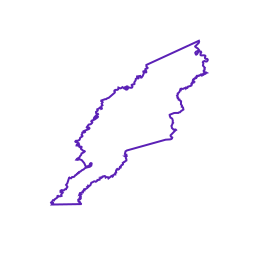 outline of Morelia, Caquetá, Colombia, rotated 245°
{"feature_id": "7082276B57536514364172", "entity_name": "Morelia", "entity_type": "district", "adm_level": 2, "iso_a3": "COL", "parent_name": "Colombia", "parent_adm1": "Caquetá", "projection": "equal_earth", "projection_center": [-75.683, 1.4], "detail": "fine", "context": "isolated", "style": "outline", "palette": "violet", "viewbox_px": 256, "rotation_deg": 245, "n_neighbors": 0, "source": "geoboundaries", "source_scale": "gbopen_adm2", "svg_char_len": 5801}
<svg xmlns="http://www.w3.org/2000/svg" viewBox="0 0 256 256"><g transform="rotate(245 128 128)"><path d="M90.7,26.9L78.6,53.9L79.1,53.4L80.3,53.1L80.4,52.6L81.1,52.6L81.5,52.9L82.0,52.3L82.4,52.5L82.7,52.2L83.3,52.6L83.6,52.4L84.0,52.6L83.9,53.2L84.2,53.4L84.4,54.1L83.7,54.7L84.1,55.4L85.6,56.1L85.8,55.7L86.1,56.2L86.6,55.9L87.2,56.5L87.5,56.3L87.6,57.1L88.2,56.6L88.6,56.9L88.5,56.1L89.3,56.9L89.2,57.2L88.7,57.2L89.1,58.2L88.6,59.7L89.1,60.3L89.3,59.9L89.7,60.0L90.1,61.5L90.4,61.7L90.0,62.3L91.0,62.7L90.6,63.6L90.8,65.5L91.4,67.2L92.0,66.7L92.1,67.5L92.5,67.6L91.9,68.5L92.0,69.7L93.9,71.6L93.8,73.0L94.0,74.5L93.7,75.4L92.9,76.1L93.1,77.4L93.7,78.2L93.4,78.4L93.5,79.4L93.2,80.2L93.7,80.4L94.1,83.1L94.6,82.7L94.4,83.6L94.8,84.4L94.3,86.6L93.8,87.0L92.6,86.8L92.7,87.5L91.8,89.1L90.6,89.0L91.3,92.2L91.0,93.0L90.4,93.4L90.6,93.9L91.0,94.0L91.3,93.0L91.5,93.0L91.5,95.4L91.9,96.4L91.4,96.9L92.6,97.5L92.6,98.5L94.0,98.8L95.3,100.3L95.4,101.0L94.5,101.4L94.5,102.4L95.1,103.4L95.5,103.7L95.3,104.7L95.6,104.8L95.9,104.1L96.2,104.3L96.4,105.6L97.0,106.2L97.0,107.6L97.3,108.2L98.6,108.5L98.9,110.2L98.7,110.4L99.1,111.6L99.2,112.8L100.5,113.4L101.1,113.2L102.8,113.8L103.3,113.5L102.9,114.4L103.1,115.0L104.0,114.8L104.4,115.1L104.8,114.3L105.3,114.6L105.8,114.2L107.9,115.9L108.1,117.6L101.5,157.2L99.9,161.3L99.7,162.5L99.9,163.4L100.7,164.1L102.2,163.2L103.4,163.5L105.8,169.9L105.9,170.7L106.5,170.5L107.3,168.6L109.5,167.8L110.3,168.1L111.5,168.2L112.3,169.4L113.1,170.1L113.6,171.1L114.4,170.9L115.6,171.7L117.6,172.0L118.5,171.7L119.4,170.9L121.4,171.0L122.4,171.4L122.1,176.2L120.4,180.0L120.6,181.0L120.3,181.8L120.9,183.2L121.3,186.0L123.1,186.5L124.0,186.3L124.5,185.7L125.5,186.4L127.1,186.0L129.8,187.4L131.3,186.5L131.9,186.7L132.3,185.9L133.5,186.2L133.9,185.7L134.5,186.1L135.2,185.8L135.8,186.4L136.6,186.1L137.4,187.4L138.3,187.6L138.7,189.4L140.3,191.4L140.0,191.8L140.5,192.1L140.9,191.8L141.2,192.1L140.9,192.6L141.1,193.0L140.2,194.2L140.2,195.0L140.3,195.9L140.0,196.5L139.9,196.4L140.1,197.1L139.8,197.1L139.8,197.7L139.5,197.6L139.8,198.3L139.3,198.8L139.5,199.2L139.5,198.8L139.8,198.9L139.7,199.2L140.0,199.6L139.9,199.7L140.0,201.1L139.7,202.0L139.7,203.5L140.6,204.3L141.2,204.0L141.5,204.3L142.0,205.3L141.6,205.6L141.4,206.9L141.7,207.2L141.9,206.8L141.9,207.5L143.1,207.2L143.1,206.7L143.3,206.6L144.2,207.3L144.1,207.8L144.6,208.1L144.7,208.7L144.4,209.1L144.8,209.7L144.4,210.9L144.6,211.2L144.9,210.8L145.2,210.8L145.2,211.6L145.7,211.7L146.2,212.4L145.9,213.1L145.5,213.3L145.3,214.5L145.7,214.9L145.3,216.0L144.4,216.9L144.9,217.3L144.7,217.8L145.4,217.6L145.0,218.7L145.2,219.0L144.6,219.3L144.6,220.0L145.0,220.1L144.6,220.6L144.8,220.9L144.5,221.3L144.9,221.9L144.8,222.6L145.5,222.1L145.7,220.8L146.6,221.0L147.4,220.6L148.1,220.9L148.4,222.1L149.6,222.4L150.0,223.1L152.9,222.3L154.9,223.7L156.0,223.6L156.5,224.3L156.4,225.6L155.3,226.7L155.0,227.5L155.5,228.7L156.4,229.2L157.2,228.9L157.9,227.6L158.5,227.3L159.4,227.5L160.5,228.6L161.0,228.5L161.8,227.6L162.7,225.3L163.3,224.6L164.4,224.9L165.7,226.4L166.6,226.3L167.1,225.4L167.0,223.6L165.8,221.9L165.6,221.0L165.9,220.6L167.7,220.7L168.4,221.8L168.4,224.2L168.8,225.3L170.5,224.9L172.9,223.4L173.6,223.4L175.3,228.2L176.3,229.0L177.1,229.1L177.4,171.3L176.1,170.7L174.2,171.2L173.9,170.8L174.2,169.3L174.0,168.5L171.7,168.5L170.8,168.1L170.8,167.7L171.3,167.2L172.7,166.7L172.8,165.8L172.4,165.6L171.9,166.0L170.9,165.5L168.9,163.3L168.0,161.6L168.2,161.1L170.0,161.1L170.9,158.0L170.4,157.8L169.6,159.0L168.9,158.9L168.6,158.2L169.3,157.0L169.2,155.8L167.9,155.0L166.7,153.0L165.2,152.5L165.1,151.6L165.6,150.4L165.4,149.5L163.6,149.5L163.0,148.9L163.1,147.8L164.4,145.8L164.3,145.2L163.3,143.8L163.4,142.9L163.8,142.4L164.4,142.5L165.1,144.9L165.7,145.2L166.2,144.7L166.2,144.0L165.0,142.6L164.9,141.7L165.1,141.5L166.2,142.2L166.3,140.8L167.4,140.2L167.0,138.7L167.2,137.7L168.7,136.4L167.2,135.4L167.1,134.4L167.8,132.8L167.8,131.8L167.3,131.2L166.2,131.4L165.6,130.8L163.5,123.3L163.7,121.7L163.4,120.4L163.8,119.4L164.2,115.4L163.7,115.1L162.6,115.9L162.0,115.9L161.2,114.4L159.4,114.5L159.2,113.4L158.8,112.9L156.6,112.5L156.6,111.7L157.9,111.8L158.4,111.3L157.9,109.6L157.9,108.0L156.6,107.9L156.1,105.8L155.0,105.4L154.4,105.5L153.7,106.7L153.2,106.7L152.9,104.7L152.2,102.7L151.7,101.7L151.0,101.1L150.6,101.3L150.6,102.1L151.5,104.8L151.0,105.5L150.5,105.1L149.8,101.4L150.0,98.1L149.4,97.5L148.3,98.1L147.6,97.3L147.2,95.8L147.7,93.8L146.1,90.9L145.4,91.1L145.2,92.2L144.8,92.9L144.1,93.0L143.7,92.5L143.6,91.9L143.9,86.6L143.5,86.6L143.0,87.5L142.5,87.4L142.4,86.7L143.3,85.6L143.2,84.7L142.5,84.6L141.4,83.0L140.2,83.4L139.7,83.1L139.4,80.6L138.0,79.4L137.7,78.8L137.7,77.2L138.4,75.4L138.1,74.6L137.5,74.6L136.9,75.8L134.9,76.9L134.6,76.5L134.7,74.7L133.9,74.0L133.4,74.8L133.8,76.1L133.4,76.6L133.0,76.6L132.4,75.9L131.5,75.9L131.0,76.4L131.0,77.5L130.6,77.9L130.1,77.7L129.6,76.7L128.6,76.6L128.0,77.1L126.7,77.5L125.4,78.9L125.0,78.9L124.6,77.3L124.6,75.1L123.5,74.3L122.8,72.7L121.9,71.6L121.6,68.7L121.1,67.8L120.5,68.7L120.0,71.1L118.4,72.5L114.6,73.5L111.5,73.4L110.9,73.7L110.6,74.2L110.2,76.6L110.5,77.3L111.7,78.5L111.9,79.5L111.5,80.0L111.0,80.0L109.4,78.8L109.0,76.9L109.7,73.8L109.8,71.9L109.2,70.3L109.2,68.3L108.6,66.4L108.9,65.1L108.7,64.7L108.1,64.4L108.4,63.5L107.8,62.9L108.0,62.2L107.4,61.4L107.5,60.3L106.6,58.8L106.8,57.3L107.2,56.7L106.5,55.1L107.2,54.2L107.8,54.0L107.8,53.6L103.5,49.6L102.6,47.8L100.5,48.3L99.8,47.8L99.3,46.4L98.7,46.0L99.1,44.6L98.6,43.5L98.7,41.9L99.4,42.1L99.7,41.8L99.7,40.4L98.6,39.8L97.9,40.7L96.9,41.4L96.1,39.4L94.5,39.1L94.6,38.2L95.2,36.7L95.2,36.0L96.1,35.9L96.2,35.4L94.8,34.3L94.3,31.3L93.6,30.4L94.3,29.6L93.1,27.6L93.0,26.8L92.3,26.8L91.7,28.4L91.3,28.3L90.7,26.9Z" fill="none" stroke="#5b21b6" stroke-width="2"/></g></svg>